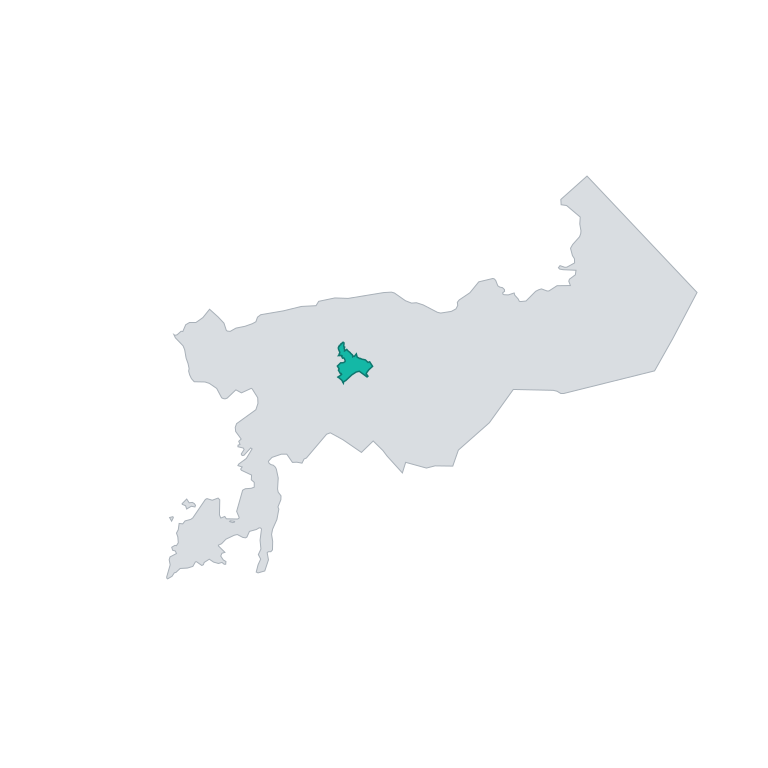 Gijduvan, Bukhoro, Uzbekistan (highlighted), rotated 134°
{"feature_id": "79887680B42366565573671", "entity_name": "Gijduvan", "entity_type": "district", "adm_level": 2, "iso_a3": "UZB", "parent_name": "Uzbekistan", "parent_adm1": "Bukhoro", "projection": "equal_earth", "projection_center": [64.807, 40.434], "detail": "fine", "context": "in_parent", "style": "filled", "palette": "teal", "viewbox_px": 768, "rotation_deg": 134, "n_neighbors": 0, "source": "geoboundaries", "source_scale": "gbopen_adm2", "svg_char_len": 4855}
<svg xmlns="http://www.w3.org/2000/svg" viewBox="0 0 768 768"><g transform="rotate(134 384 384)"><path d="M590.7,345.0L601.3,339.9L607.4,343.4L608.0,345.3L601.5,349.0L595.6,351.1L594.0,355.9L588.2,357.9L582.5,364.6L573.4,371.4L573.3,372.8L574.2,373.9L577.2,374.7L583.5,378.4L589.3,376.3L590.8,376.7L592.4,378.9L594.2,385.0L596.9,386.7L605.4,389.9L611.8,389.9L615.0,391.2L615.5,390.6L615.6,381.5L618.4,383.0L621.2,381.9L622.2,377.4L621.5,374.4L623.6,372.7L624.7,373.8L624.9,376.6L628.1,378.4L630.5,382.9L631.4,388.0L637.3,389.4L639.4,388.4L641.1,389.0L642.1,395.5L643.0,396.1L648.0,394.8L652.9,397.5L658.3,402.5L664.2,402.8L665.4,403.7L669.6,402.9L674.5,404.3L674.6,405.1L673.9,406.2L662.6,412.2L659.6,416.5L657.0,417.8L650.1,415.5L649.1,418.1L650.4,420.6L648.9,423.3L645.3,422.3L644.5,421.0L641.1,421.7L637.2,426.1L635.4,429.7L631.7,430.8L626.6,434.5L624.4,431.6L620.7,432.0L615.7,429.0L613.2,428.5L591.1,432.3L589.4,431.7L586.9,426.8L581.3,424.1L581.4,421.7L592.5,411.4L593.8,408.3L589.9,406.5L590.5,403.8L582.9,395.6L581.6,395.1L580.6,395.5L578.0,401.5L558.6,411.9L555.7,411.0L551.2,407.0L548.3,405.7L544.9,409.0L545.1,412.9L541.5,416.0L545.1,426.7L544.8,428.0L542.2,428.4L544.2,432.4L542.6,432.9L533.2,431.3L522.3,433.8L522.6,435.5L532.4,435.2L533.7,436.0L534.0,437.3L533.4,438.1L528.3,439.1L527.8,440.7L530.6,445.5L529.4,446.5L527.5,445.6L526.1,448.7L522.8,448.5L521.2,457.7L518.5,460.9L514.9,462.5L491.5,458.3L485.5,461.2L481.6,465.3L479.1,475.4L479.4,476.5L489.4,480.4L491.1,486.5L503.1,487.0L505.1,488.0L506.2,489.6L506.7,491.2L503.4,501.3L504.9,510.1L506.9,514.2L514.2,522.1L513.9,526.3L512.4,530.2L510.4,533.5L508.3,534.9L505.4,539.2L502.8,544.4L497.8,551.2L496.1,555.1L495.7,566.1L494.4,569.5L494.2,568.2L492.3,567.0L487.0,566.6L486.0,565.2L479.1,567.8L474.8,566.6L470.4,562.0L462.0,560.4L451.4,561.4L451.0,549.9L451.4,541.4L454.9,534.8L454.8,533.5L453.0,531.2L446.6,529.3L439.1,524.1L432.1,520.6L428.2,519.4L423.8,521.4L419.8,520.8L401.3,507.2L385.6,497.3L374.9,487.3L369.9,488.4L356.2,479.1L347.4,469.3L318.4,447.7L312.7,442.4L311.3,439.7L309.2,426.4L306.7,420.4L303.0,417.1L299.9,410.8L295.3,395.3L293.6,392.5L285.0,386.0L280.0,384.4L276.3,385.5L274.3,388.0L271.3,388.3L258.7,385.6L244.7,386.8L232.5,379.0L231.8,377.7L231.9,375.6L234.3,370.4L233.9,368.1L232.4,365.7L232.4,363.0L233.6,361.6L235.8,362.0L236.7,361.1L236.4,359.7L233.6,356.5L228.1,353.6L229.3,351.6L229.6,346.7L230.5,344.1L229.9,343.1L225.7,339.5L212.0,339.3L208.8,338.2L206.2,336.8L203.8,331.3L202.5,330.0L193.1,327.8L183.7,318.3L181.7,322.5L179.8,323.4L172.5,322.2L168.8,324.9L177.4,334.6L179.3,337.5L179.2,339.3L176.6,339.6L174.4,334.9L172.9,333.6L164.5,331.0L161.6,334.0L160.7,337.7L156.8,344.1L152.5,345.2L142.2,345.6L139.1,347.0L137.0,348.7L132.9,354.3L127.6,358.8L128.8,376.7L132.0,381.1L128.4,385.0L93.4,382.4L100.7,222.4L150.8,207.8L186.6,198.5L266.1,248.2L268.0,250.2L269.0,254.5L271.0,257.9L298.1,287.2L338.7,281.3L379.9,284.6L395.3,277.5L407.4,290.4L415.0,295.1L425.3,314.0L435.2,309.0L433.7,331.7L432.6,338.6L432.5,352.2L448.9,352.7L452.6,374.8L456.4,388.7L460.0,390.4L491.1,388.4L493.5,389.4L497.9,388.0L500.8,392.4L504.0,395.4L502.0,405.2L505.8,409.1L514.6,413.6L519.9,413.5L520.8,411.8L520.6,409.5L519.3,407.1L519.3,404.3L520.1,402.2L525.1,394.8L533.5,387.6L535.3,385.0L536.0,380.4L538.9,377.8L546.1,374.9L547.1,372.7L555.9,366.9L565.8,363.3L570.3,360.4L574.5,354.8L580.8,349.0L583.2,348.9L585.0,350.7L586.5,350.9L590.7,345.0ZM590.2,399.5L588.9,396.6L587.3,395.6L586.6,396.0L589.2,399.6L590.2,399.5ZM610.4,446.1L603.8,446.0L604.8,441.6L602.3,439.6L601.8,437.4L602.2,435.3L603.8,434.6L605.8,437.7L611.0,439.1L609.4,442.2L610.7,445.5L610.4,446.1ZM630.2,441.5L629.0,445.5L626.1,443.7L626.5,442.7L630.2,441.5Z" fill="#d9dde1" stroke="#a8b0b8" stroke-width="1"/><path d="M411.6,413.8L410.5,414.6L408.0,413.9L399.8,413.5L394.6,412.3L392.0,410.6L390.7,401.1L389.5,401.0L389.2,402.6L389.2,403.9L387.5,404.4L384.3,404.8L379.2,404.5L378.0,409.7L379.6,410.5L379.6,414.1L380.4,415.5L381.5,417.1L382.1,418.9L382.5,419.1L383.3,422.0L381.6,424.8L384.7,424.5L385.1,425.3L386.1,425.4L385.0,427.0L385.1,429.3L384.9,430.2L385.0,431.0L385.2,432.9L385.0,434.8L386.3,435.0L387.6,435.4L386.3,436.6L386.2,437.3L385.6,437.8L384.8,437.9L385.0,438.8L384.6,439.4L383.8,440.0L382.7,440.9L382.2,441.4L382.3,442.3L383.0,442.7L384.0,442.4L384.9,442.9L385.8,442.4L387.3,442.9L388.1,442.3L388.6,442.5L389.7,442.0L390.2,441.4L390.7,440.6L391.8,438.0L392.4,437.4L393.8,437.0L393.8,436.4L395.1,436.4L394.0,435.2L393.2,434.7L392.8,433.9L393.2,433.5L393.5,433.8L393.9,432.5L394.2,431.8L393.2,431.1L393.3,430.1L394.2,428.1L394.8,427.6L396.4,427.8L397.7,428.7L398.9,429.9L401.3,429.9L403.5,430.0L404.3,426.8L405.7,426.4L406.8,422.7L406.2,422.1L406.5,421.2L408.1,421.3L411.1,422.0L411.1,421.5L410.8,421.0L410.6,416.5L411.3,415.2L411.6,413.8Z" fill="#14b8a6" stroke="#0f766e" stroke-width="1.5"/></g></svg>